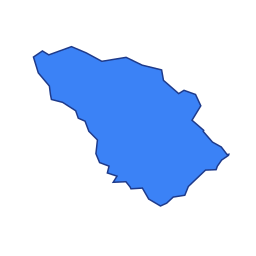 the district of Howard, Maryland, United States of America, rotated 8°
{"feature_id": "52423323B13837989487105", "entity_name": "Howard", "entity_type": "district", "adm_level": 2, "iso_a3": "USA", "parent_name": "United States of America", "parent_adm1": "Maryland", "projection": "orthographic", "projection_center": [-76.918, 39.236], "detail": "fine", "context": "isolated", "style": "filled", "palette": "blue", "viewbox_px": 256, "rotation_deg": 8, "n_neighbors": 0, "source": "geoboundaries", "source_scale": "gbopen_adm2", "svg_char_len": 793}
<svg xmlns="http://www.w3.org/2000/svg" viewBox="0 0 256 256"><g transform="rotate(8 128 128)"><path d="M153.2,65.8L133.3,63.8L116.3,58.3L92.8,65.6L76.1,59.4L60.7,55.3L39.4,66.6L32.5,63.6L32.2,63.9L24.5,70.9L31.5,85.9L44.3,97.4L46.6,105.8L48.2,110.4L59.7,111.7L73.8,118.2L77.4,125.2L84.5,127.2L89.7,136.7L99.4,144.1L99.8,157.9L104.7,166.2L114.5,168.4L113.8,175.4L123.8,177.2L120.9,183.8L133.4,181.5L138.2,186.0L139.4,187.8L150.6,185.5L158.4,195.5L171.0,200.7L176.8,197.0L182.4,190.1L193.6,186.7L195.9,177.5L210.6,158.9L221.1,157.0L221.8,153.4L225.2,146.7L231.3,141.1L231.5,140.0L229.8,140.5L223.0,133.8L220.6,132.9L213.6,130.2L203.0,121.0L203.3,119.8L190.3,111.4L197.0,95.9L190.2,85.4L178.2,82.9L173.4,86.9L156.5,75.9L153.2,65.8Z" fill="#3b82f6" stroke="#1e3a8a" stroke-width="1.5"/></g></svg>